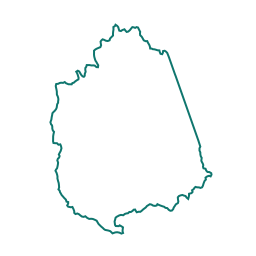 outline of Itaju do Colônia, Bahia, Brazil, rotated 173°
{"feature_id": "56859067B77750533051521", "entity_name": "Itaju do Colônia", "entity_type": "district", "adm_level": 2, "iso_a3": "BRA", "parent_name": "Brazil", "parent_adm1": "Bahia", "projection": "mercator", "projection_center": [-39.711, -15.16], "detail": "fine", "context": "isolated", "style": "outline", "palette": "teal", "viewbox_px": 256, "rotation_deg": 173, "n_neighbors": 0, "source": "geoboundaries", "source_scale": "gbopen_adm2", "svg_char_len": 3957}
<svg xmlns="http://www.w3.org/2000/svg" viewBox="0 0 256 256"><g transform="rotate(173 128 128)"><path d="M193.9,180.4L194.6,178.5L194.5,176.9L194.3,174.9L194.2,172.8L194.4,171.0L194.5,169.7L193.9,168.0L193.6,166.0L193.7,164.4L194.1,163.1L194.3,161.6L195.4,160.2L195.9,158.4L196.3,156.9L197.1,155.5L198.6,154.0L200.2,152.8L201.2,151.9L201.7,150.1L202.4,148.1L203.0,145.8L204.3,143.2L203.9,141.0L203.1,139.9L203.0,138.5L203.2,136.6L202.9,134.7L201.9,133.2L202.7,131.0L203.3,128.9L203.7,125.9L204.0,124.0L203.8,122.2L202.2,121.8L200.4,121.6L199.1,119.9L197.2,120.0L196.7,118.2L196.5,116.0L197.6,113.4L198.9,111.6L199.9,110.1L199.3,108.5L200.0,107.0L201.3,106.1L202.1,104.5L201.6,102.2L202.0,100.5L202.6,98.6L203.3,96.7L204.5,95.5L205.2,94.4L204.4,92.3L204.0,90.0L203.9,88.3L204.2,86.6L203.9,84.1L203.5,81.8L203.5,79.8L203.6,77.4L204.5,75.5L203.5,74.2L203.3,72.6L202.7,71.3L202.0,69.5L201.0,68.1L199.9,66.4L198.4,64.5L198.0,62.4L196.4,61.8L196.6,60.3L197.8,58.5L197.0,57.2L195.6,56.7L194.3,56.3L192.8,56.4L192.0,54.1L191.5,51.9L191.7,50.3L190.6,49.0L188.7,49.3L187.3,48.5L185.9,47.0L184.5,45.7L182.8,45.2L181.1,45.6L179.4,43.7L177.6,42.5L175.6,42.4L174.0,42.0L172.2,41.0L170.4,39.8L169.7,38.1L168.9,36.3L167.8,34.9L166.6,33.4L165.1,31.8L164.2,30.6L163.0,29.6L161.1,29.0L159.7,28.5L158.1,27.7L156.2,25.3L153.5,25.9L151.5,25.9L149.3,25.2L147.4,24.0L145.7,24.4L146.0,26.3L145.6,28.1L145.1,30.0L146.5,31.2L148.1,32.4L149.1,31.7L150.9,32.0L152.1,32.2L152.7,33.4L152.7,35.2L152.7,36.9L151.9,38.7L151.3,40.4L150.2,41.2L148.6,41.8L147.4,42.3L145.6,42.6L143.3,42.0L141.6,43.1L140.0,43.4L138.4,43.4L136.9,44.5L135.4,44.3L133.5,45.2L132.4,46.2L130.9,46.2L130.5,45.0L129.6,43.3L127.4,43.6L126.0,43.3L124.6,44.1L122.8,45.4L121.4,46.2L120.0,47.0L118.8,48.2L117.1,49.0L115.6,49.7L114.0,49.1L112.5,47.9L110.7,47.4L109.0,47.6L108.1,48.8L106.9,48.0L105.1,47.0L103.3,46.1L101.7,45.4L100.6,44.2L98.8,43.7L97.5,41.8L96.1,40.7L94.5,40.7L93.0,42.0L92.3,43.5L91.2,44.7L89.8,46.4L87.6,47.4L87.0,48.9L87.1,50.9L87.0,53.1L85.8,54.2L84.1,54.7L82.2,54.9L80.5,54.0L79.2,53.5L78.3,51.8L76.9,50.3L76.3,51.7L75.7,53.4L75.4,55.3L72.9,55.6L71.7,56.7L72.0,58.4L70.3,59.3L69.4,60.4L68.2,61.3L66.7,60.7L64.8,60.4L63.4,59.7L61.7,60.1L60.6,61.7L59.9,63.4L59.1,65.0L58.3,66.3L57.0,67.3L57.1,69.3L55.3,70.3L53.3,70.7L51.9,69.9L50.8,71.5L50.9,73.0L52.5,74.3L54.5,74.7L55.6,76.3L56.0,78.1L58.0,78.8L58.3,80.4L57.8,82.0L58.1,83.5L58.8,85.2L59.2,86.5L58.9,87.9L58.5,89.4L59.2,91.0L59.4,92.9L59.2,95.0L59.8,96.9L59.5,99.2L58.5,100.7L59.7,107.0L74.4,173.9L74.8,175.4L78.7,193.1L79.9,197.7L80.9,199.1L82.2,200.2L83.8,200.1L84.2,198.4L85.1,197.1L86.7,197.7L87.2,199.5L87.4,201.2L89.1,201.5L90.8,202.3L92.3,202.9L93.8,203.2L94.9,204.0L96.3,204.2L96.3,205.6L96.6,207.4L97.2,208.9L97.8,210.2L98.3,211.9L99.9,212.0L101.7,213.1L102.5,215.2L103.3,217.0L104.6,218.6L104.6,220.4L104.2,222.0L104.7,223.3L105.2,224.7L105.8,226.5L107.2,227.1L108.7,226.5L110.0,227.2L111.4,227.6L112.5,226.6L114.2,224.9L116.0,223.7L117.6,223.5L118.5,224.7L119.5,226.4L121.7,225.9L123.2,225.1L124.8,225.7L125.2,227.9L125.4,229.3L126.3,230.7L127.8,232.0L128.5,230.8L130.2,230.0L130.4,227.5L130.9,225.8L131.4,223.6L131.6,221.6L133.3,220.3L134.9,219.0L135.6,217.3L137.5,216.8L139.3,217.3L141.1,218.5L142.4,219.1L143.7,218.2L144.7,217.1L144.7,215.2L144.6,213.4L145.6,211.6L147.5,211.1L149.5,210.5L150.9,209.9L152.3,208.9L152.5,207.0L152.8,204.9L152.8,202.9L152.5,200.9L152.1,198.8L151.4,197.5L150.7,195.7L149.9,193.9L150.4,192.0L151.9,192.3L153.4,194.0L154.8,194.4L156.5,194.5L158.7,195.2L161.3,195.5L162.0,193.8L163.0,192.8L163.3,190.9L163.2,189.0L164.3,187.0L164.6,185.1L165.6,184.2L166.8,184.8L168.0,186.5L168.8,188.4L169.5,190.0L170.9,191.0L172.5,190.2L171.8,188.5L171.4,186.8L171.2,185.4L170.9,183.8L171.3,182.3L172.8,181.7L174.7,180.7L176.4,179.5L177.7,179.4L178.6,178.2L180.3,178.5L181.8,178.7L184.1,180.0L185.2,181.3L186.9,180.7L188.9,181.1L190.3,181.0L191.9,180.4L193.9,180.4Z" fill="none" stroke="#0f766e" stroke-width="2"/></g></svg>